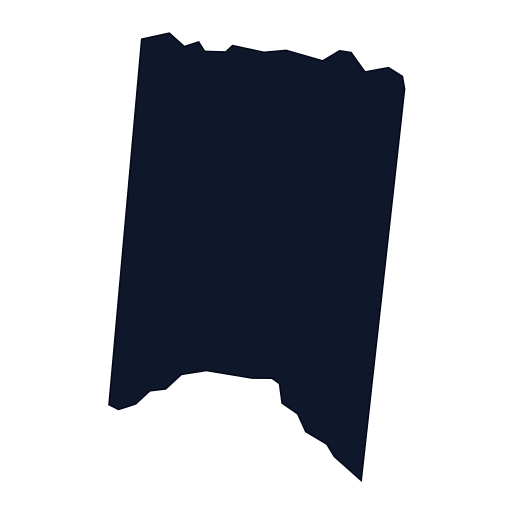 the district of Titus, Texas, United States of America, rotated 5°
{"feature_id": "52423323B68756889637402", "entity_name": "Titus", "entity_type": "district", "adm_level": 2, "iso_a3": "USA", "parent_name": "United States of America", "parent_adm1": "Texas", "projection": "natural_earth1", "projection_center": [-94.972, 33.19], "detail": "fine", "context": "isolated", "style": "filled", "palette": "ink", "viewbox_px": 512, "rotation_deg": 5, "n_neighbors": 0, "source": "geoboundaries", "source_scale": "gbopen_adm2", "svg_char_len": 548}
<svg xmlns="http://www.w3.org/2000/svg" viewBox="0 0 512 512"><g transform="rotate(5 256 256)"><path d="M123.2,49.9L122.5,417.0L132.4,420.9L149.0,413.9L162.0,399.6L177.6,396.3L192.0,380.5L216.5,374.4L262.8,378.0L282.5,376.4L290.5,381.1L294.8,400.3L311.3,409.7L320.8,426.6L342.9,437.3L351.5,449.0L380.4,470.5L389.5,76.6L386.2,64.3L371.6,56.8L348.5,63.1L333.0,45.0L321.4,44.2L305.4,55.8L268.2,48.5L246.1,52.4L214.3,48.4L208.0,55.4L187.0,56.6L180.2,47.7L166.3,53.6L150.2,41.5L123.2,49.9Z" fill="#0f172a" stroke="#020617" stroke-width="1.5"/></g></svg>